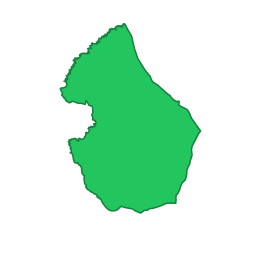 the district of Suwannaphum, Roi Et, Thailand, rotated 134°
{"feature_id": "78962969B41807577344670", "entity_name": "Suwannaphum", "entity_type": "district", "adm_level": 2, "iso_a3": "THA", "parent_name": "Thailand", "parent_adm1": "Roi Et", "projection": "robinson", "projection_center": [103.822, 15.606], "detail": "fine", "context": "isolated", "style": "filled", "palette": "green", "viewbox_px": 256, "rotation_deg": 134, "n_neighbors": 0, "source": "geoboundaries", "source_scale": "gbopen_adm2", "svg_char_len": 5924}
<svg xmlns="http://www.w3.org/2000/svg" viewBox="0 0 256 256"><g transform="rotate(134 128 128)"><path d="M148.9,41.4L147.9,42.4L146.4,43.3L144.9,45.2L142.9,46.6L140.5,46.6L136.9,47.8L133.5,49.6L129.9,50.9L126.2,50.7L124.2,51.3L119.9,54.1L118.2,55.9L114.5,57.6L111.5,58.4L107.8,60.7L103.6,62.7L103.0,63.1L99.8,66.9L98.4,68.1L96.3,69.3L85.0,72.7L81.9,73.5L79.8,73.7L76.8,89.1L75.7,91.8L75.2,92.7L74.3,95.2L73.8,97.0L73.7,98.7L75.7,105.1L76.1,107.8L73.5,109.2L73.5,109.6L73.5,110.1L74.7,111.1L75.2,111.2L76.1,115.5L75.8,119.3L75.5,120.1L76.0,123.5L76.6,136.9L77.5,141.4L77.5,142.8L77.0,144.6L75.4,148.1L74.6,155.7L71.2,169.2L66.4,178.5L59.6,189.0L58.0,193.9L57.7,195.5L55.6,201.9L55.8,201.9L55.7,202.7L56.4,203.1L56.0,203.4L56.1,203.6L56.8,203.6L57.1,203.3L57.9,203.2L59.0,203.2L59.3,202.8L59.4,203.2L59.3,204.1L59.5,204.1L59.9,203.6L60.0,204.3L60.9,204.7L60.8,205.4L61.3,205.3L61.2,205.9L61.4,206.2L61.9,206.1L62.4,206.7L62.8,206.4L64.1,207.2L65.1,206.5L65.0,206.0L65.5,206.0L65.6,205.6L65.8,206.3L66.2,206.8L67.1,207.6L67.6,207.4L67.6,208.8L69.3,208.9L69.3,209.6L69.5,209.8L70.7,209.5L70.9,209.2L70.7,208.5L71.2,208.5L71.0,208.0L71.1,207.8L72.1,207.8L72.7,208.3L73.1,208.2L73.2,208.9L73.4,209.1L73.8,208.3L74.4,208.6L75.2,207.9L76.1,209.0L76.3,207.6L76.8,207.3L77.2,207.4L77.3,207.8L76.8,208.7L77.0,209.1L78.3,209.5L78.5,209.3L78.3,208.9L78.5,208.4L79.2,208.5L79.3,209.4L79.8,209.4L79.9,210.2L80.2,210.3L82.4,209.2L82.9,209.7L83.0,210.7L83.5,211.1L85.0,210.4L86.0,210.2L85.9,209.4L85.4,208.7L85.5,208.2L86.4,208.5L86.6,209.0L88.1,210.3L88.5,209.7L88.2,208.8L88.8,208.4L90.1,210.0L91.1,211.0L91.7,212.7L92.5,212.9L92.8,212.8L92.8,212.0L93.6,211.2L94.2,211.5L94.9,212.4L95.4,212.5L95.8,211.5L96.1,211.3L96.0,210.5L96.3,209.8L97.2,210.9L97.9,211.4L97.9,211.7L98.7,212.1L99.1,211.5L99.1,211.0L99.6,210.5L100.5,210.1L100.5,208.8L101.4,208.9L101.4,208.5L101.1,208.4L101.3,208.1L101.9,208.4L102.0,209.1L102.3,209.5L102.7,208.8L103.8,209.7L104.0,210.5L104.6,211.3L105.8,212.6L106.4,212.5L106.7,213.1L107.7,213.4L108.2,212.9L108.4,213.5L108.7,213.6L108.8,213.3L109.5,213.1L109.4,212.1L109.5,211.9L111.2,212.0L112.1,212.7L113.1,212.2L113.5,213.5L114.2,212.9L114.7,213.1L114.7,213.6L114.3,214.2L114.5,214.6L115.1,213.9L116.3,214.4L116.5,213.9L116.4,213.4L116.6,213.1L117.2,213.6L116.9,212.0L117.2,211.9L117.5,212.5L117.8,212.2L117.8,211.7L117.3,211.2L117.5,210.7L118.5,211.0L119.0,211.7L120.0,211.1L120.3,210.4L120.8,211.3L121.1,211.0L121.4,209.8L121.7,209.7L122.8,210.3L122.7,211.0L123.4,211.1L123.8,210.2L124.4,210.2L124.9,209.4L125.3,209.3L125.9,209.6L125.8,210.6L126.4,209.5L126.7,209.6L126.7,210.4L127.0,210.5L127.2,209.2L127.4,209.2L127.7,209.6L128.0,209.4L127.7,208.9L127.7,208.1L128.2,208.1L128.0,208.7L128.2,208.9L128.8,209.0L129.2,208.7L129.3,208.1L128.9,207.6L129.1,207.2L129.6,207.5L129.5,208.1L129.7,208.4L130.7,208.7L131.2,208.2L131.3,207.8L132.0,207.8L131.6,207.5L131.8,207.2L132.2,207.4L132.6,207.9L133.0,208.0L133.2,208.4L133.4,208.0L133.4,207.3L133.9,207.0L134.0,206.4L134.4,206.8L134.8,206.6L134.5,205.7L135.0,205.4L135.3,205.6L135.5,206.4L135.9,205.9L136.2,206.0L136.1,206.7L136.2,207.0L136.9,206.6L136.8,205.7L136.2,205.5L136.2,205.3L136.9,205.3L137.3,205.8L137.8,205.8L138.5,206.2L138.1,204.4L138.4,203.2L138.9,202.5L140.3,201.5L141.2,201.4L142.8,201.7L143.6,202.1L145.6,203.8L146.6,204.0L146.8,203.9L147.5,202.3L148.7,199.1L149.4,198.6L150.2,198.8L150.4,198.5L150.3,197.6L150.6,196.6L150.8,195.2L150.6,195.2L150.3,194.7L150.2,194.2L150.7,193.9L150.9,192.6L151.4,192.3L151.1,190.7L151.4,190.4L151.1,189.9L150.8,187.9L149.3,186.9L148.0,186.9L146.9,185.8L145.9,183.6L145.2,181.6L142.9,179.0L140.8,175.3L139.7,175.7L138.0,177.1L137.4,176.9L138.3,173.1L138.8,172.2L138.5,171.2L137.4,169.3L137.5,168.3L141.4,163.8L142.7,163.6L143.8,163.1L144.0,162.7L144.2,161.9L144.6,161.2L145.6,160.0L146.4,159.5L146.6,158.8L146.2,158.3L145.8,158.3L145.8,158.0L146.1,157.4L145.4,156.5L146.0,156.0L145.9,155.5L146.4,154.6L146.7,154.5L147.9,154.8L148.7,155.5L149.0,155.1L148.7,153.4L150.1,153.6L150.4,153.2L150.8,154.2L152.3,154.0L152.4,155.7L152.8,155.7L153.4,155.2L154.7,156.6L155.3,156.1L156.0,156.2L156.3,154.3L157.7,153.7L158.9,153.4L159.4,153.5L160.0,153.9L160.1,154.8L160.8,155.0L161.8,154.0L163.2,153.1L164.7,153.1L165.4,152.4L166.8,152.6L168.0,153.2L168.7,154.2L169.0,155.5L169.7,156.1L170.9,156.1L171.3,155.6L171.3,154.5L171.9,154.6L172.4,156.5L171.9,158.1L172.3,158.9L172.8,159.4L173.9,159.7L174.8,160.8L175.6,160.5L176.0,160.6L176.9,161.7L177.0,160.7L178.2,161.4L179.1,161.4L179.4,161.2L179.8,160.1L179.3,158.9L179.3,158.6L179.5,158.5L180.7,159.0L181.0,158.9L181.1,157.4L181.7,156.6L181.6,155.3L182.3,154.9L183.0,155.1L183.2,153.9L184.5,151.9L184.8,151.9L185.6,152.4L185.9,152.2L185.2,150.8L186.0,148.7L188.4,145.6L189.9,142.6L189.8,141.9L189.0,141.0L188.8,140.0L188.0,139.8L188.2,139.0L188.2,138.0L188.5,137.7L188.6,137.1L188.1,136.4L188.3,136.0L188.2,135.6L188.4,135.4L188.3,135.2L188.6,134.7L188.8,134.2L188.7,134.0L189.0,133.8L189.0,133.4L189.3,133.1L189.6,133.0L189.5,132.9L189.7,132.5L191.2,131.1L191.3,131.1L191.5,130.7L192.4,129.7L192.9,127.5L192.6,126.2L193.5,125.8L194.0,124.9L194.6,124.7L194.8,124.4L195.6,123.9L195.5,123.7L197.2,121.8L198.1,120.5L198.2,119.6L198.0,119.3L198.4,118.2L198.8,117.5L199.5,117.6L199.8,117.1L199.7,116.8L200.2,116.0L200.1,115.1L200.3,114.3L199.8,113.1L199.9,112.4L199.7,112.1L199.9,111.7L199.4,110.6L199.6,109.6L199.2,109.4L198.8,109.0L198.8,107.9L199.0,107.6L198.8,106.5L198.5,106.0L198.4,105.3L197.8,105.0L198.0,102.9L198.8,102.8L199.1,102.3L198.9,101.1L198.2,100.5L198.2,99.9L198.7,99.8L198.7,99.5L198.1,98.0L199.5,94.5L200.4,89.5L200.4,87.2L200.2,84.9L199.2,82.6L197.6,80.8L196.2,79.8L194.4,78.9L193.2,78.7L190.7,78.7L188.9,78.2L187.6,75.4L183.3,68.9L182.8,67.4L182.6,65.3L181.3,61.7L180.4,60.0L179.9,59.6L176.4,59.1L175.6,58.8L173.5,56.9L171.3,56.6L168.0,54.0L166.6,53.2L160.8,50.2L155.9,48.2L154.6,47.4L148.9,41.4Z" fill="#22c55e" stroke="#15803d" stroke-width="1.5"/></g></svg>